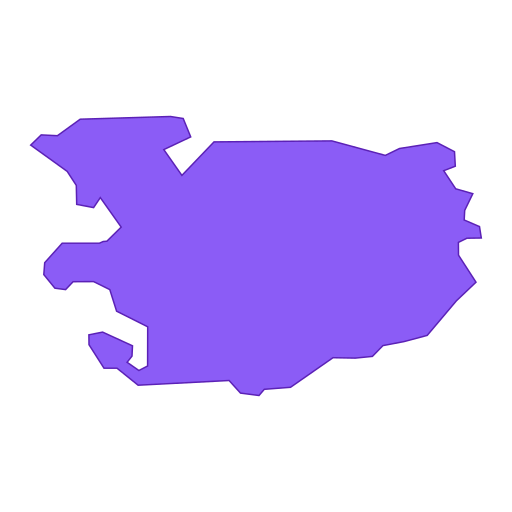 the district of Jumgal, Naryn, Kyrgyzstan
{"feature_id": "92254566B27312472706206", "entity_name": "Jumgal", "entity_type": "district", "adm_level": 2, "iso_a3": "KGZ", "parent_name": "Kyrgyzstan", "parent_adm1": "Naryn", "projection": "robinson", "projection_center": [74.373, 41.867], "detail": "fine", "context": "isolated", "style": "filled", "palette": "violet", "viewbox_px": 512, "rotation_deg": 0, "n_neighbors": 0, "source": "geoboundaries", "source_scale": "gbopen_adm2", "svg_char_len": 977}
<svg xmlns="http://www.w3.org/2000/svg" viewBox="0 0 512 512"><path d="M62.2,243.2L44.7,262.7L43.8,274.6L54.9,288.2L65.6,289.6L73.1,281.7L93.6,281.6L109.8,289.6L116.6,311.2L147.7,326.8L147.6,366.0L138.9,370.5L127.1,362.3L132.0,356.1L132.5,345.8L102.6,332.1L88.9,334.8L89.0,344.7L104.0,368.2L117.0,368.2L138.1,385.2L229.1,380.5L240.5,393.1L259.0,395.5L264.3,389.3L290.5,387.3L333.0,357.7L355.3,358.1L372.4,356.4L382.9,345.6L404.0,341.6L427.2,335.4L456.4,300.8L476.0,282.2L459.1,256.1L458.5,255.0L458.4,243.9L458.4,242.4L466.9,238.2L481.3,238.0L479.5,226.6L464.2,220.0L464.7,210.4L472.8,193.7L455.7,188.8L443.7,170.7L455.3,166.2L454.5,151.7L437.0,142.6L399.5,148.5L385.3,155.4L331.9,140.9L214.0,141.9L181.9,175.4L163.8,149.6L190.7,136.9L183.2,118.5L170.5,116.5L80.2,119.2L57.4,135.7L41.2,134.9L30.7,145.1L67.2,171.4L76.3,185.4L76.7,204.4L93.6,207.6L100.3,197.6L121.2,227.1L106.9,241.2L103.2,241.5L99.4,243.2L62.2,243.2Z" fill="#8b5cf6" stroke="#5b21b6" stroke-width="1.5"/></svg>